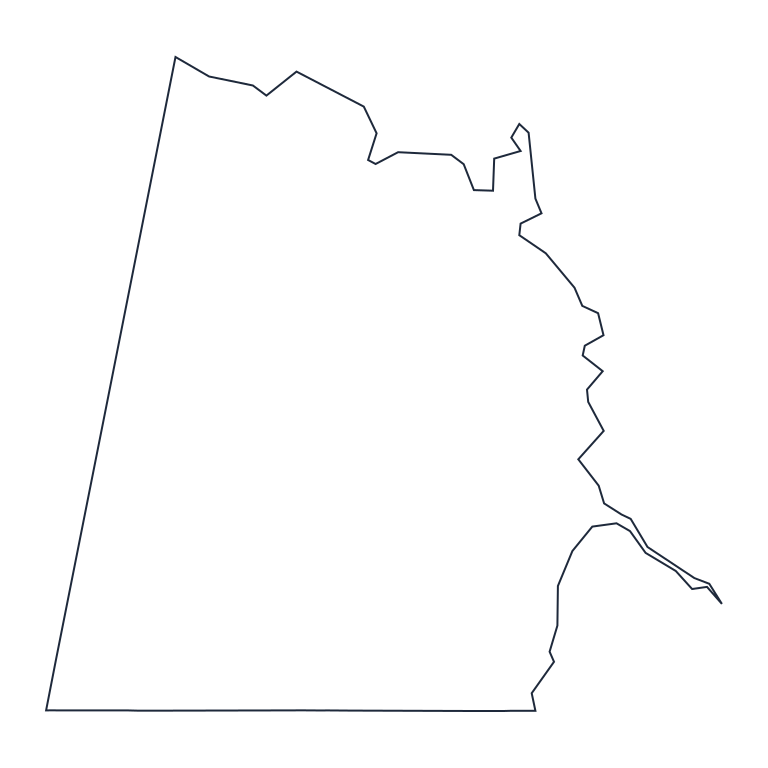 Halifax, Virginia, United States of America
{"feature_id": "52423323B86622272902322", "entity_name": "Halifax", "entity_type": "district", "adm_level": 2, "iso_a3": "USA", "parent_name": "United States of America", "parent_adm1": "Virginia", "projection": "albers", "projection_center": [-78.814, 36.802], "detail": "fine", "context": "isolated", "style": "outline", "palette": "slate", "viewbox_px": 768, "rotation_deg": 0, "n_neighbors": 0, "source": "geoboundaries", "source_scale": "gbopen_adm2", "svg_char_len": 1041}
<svg xmlns="http://www.w3.org/2000/svg" viewBox="0 0 768 768"><path d="M46.1,710.4L55.1,710.3L55.9,710.4L127.0,710.4L127.4,710.4L139.4,710.7L140.8,710.7L287.8,710.4L295.3,710.4L296.5,710.3L325.1,710.5L325.4,710.4L352.2,710.6L353.1,710.6L472.6,711.0L503.8,711.0L510.9,710.8L535.4,710.8L531.7,693.2L554.0,661.8L549.6,651.7L557.4,625.6L557.9,586.0L572.4,551.0L592.3,526.6L616.5,523.3L630.0,531.1L645.6,552.9L675.8,571.0L692.1,589.0L707.0,586.9L721.9,603.9L709.3,583.8L694.4,578.1L647.5,547.0L630.7,518.9L621.5,514.5L604.1,503.4L598.7,485.7L578.3,459.3L603.7,430.9L588.2,401.9L587.0,389.6L602.7,371.2L582.7,355.5L584.8,345.7L603.5,335.2L598.1,313.2L582.3,305.9L574.5,287.7L545.8,253.3L519.3,235.2L520.6,223.6L541.5,213.3L535.4,198.6L528.6,132.7L519.3,124.0L511.3,137.6L520.6,151.0L494.2,158.6L493.0,190.7L473.9,190.1L463.7,164.2L451.2,154.8L398.1,152.2L375.6,164.0L368.1,160.0L376.6,133.3L363.8,106.6L296.5,71.6L266.4,95.6L252.9,85.5L209.1,76.5L175.5,57.0L108.2,396.8L55.8,660.6L46.1,710.4Z" fill="none" stroke="#1e293b" stroke-width="2"/></svg>